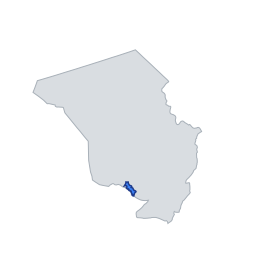 Chari, Chari-Baguirmi, Chad shown in context, rotated 316°
{"feature_id": "50815135B55510615891344", "entity_name": "Chari", "entity_type": "district", "adm_level": 2, "iso_a3": "TCD", "parent_name": "Chad", "parent_adm1": "Chari-Baguirmi", "projection": "orthographic", "projection_center": [15.102, 11.728], "detail": "fine", "context": "in_parent", "style": "filled", "palette": "blue", "viewbox_px": 256, "rotation_deg": 316, "n_neighbors": 0, "source": "geoboundaries", "source_scale": "gbopen_adm2", "svg_char_len": 4937}
<svg xmlns="http://www.w3.org/2000/svg" viewBox="0 0 256 256"><g transform="rotate(316 128 128)"><path d="M187.6,76.9L187.9,82.3L188.1,87.7L188.4,93.1L188.7,98.6L188.9,104.0L189.2,109.4L189.4,114.8L189.7,120.2L189.7,122.0L189.6,122.8L189.3,123.0L186.6,122.6L185.4,122.6L183.7,123.0L181.2,123.3L179.6,123.3L178.5,124.3L177.7,125.4L178.2,128.1L178.1,129.0L177.8,129.9L177.1,130.7L176.3,131.4L175.9,132.0L175.4,133.2L175.0,133.8L175.0,134.6L174.9,135.4L174.5,135.8L173.3,136.1L172.6,136.5L172.0,137.1L171.6,137.6L171.8,138.1L172.2,138.9L172.4,140.1L172.5,140.8L173.1,141.3L173.5,141.7L173.6,142.2L173.3,142.7L171.9,143.6L171.3,143.9L170.7,144.4L170.4,144.6L169.4,145.4L168.9,146.2L168.7,146.8L168.7,147.6L169.3,148.9L169.9,150.0L170.1,150.8L170.3,151.6L170.3,152.5L170.0,153.2L169.5,153.9L167.5,155.2L166.6,156.6L165.8,158.3L165.7,159.2L165.9,159.8L166.3,160.3L166.9,160.5L167.8,160.6L169.2,160.3L170.5,160.1L171.9,160.6L172.7,162.0L172.5,163.0L173.0,164.8L173.6,167.1L173.6,167.8L173.8,168.1L174.7,168.2L174.9,168.7L174.7,172.6L175.1,173.7L175.7,174.5L176.4,174.9L177.1,175.4L177.5,175.7L178.2,175.8L179.1,176.5L179.4,177.4L179.4,178.3L178.9,180.4L178.5,181.7L178.0,181.6L177.0,181.3L175.7,181.1L174.2,180.9L172.7,181.5L171.1,182.2L170.6,182.7L170.2,183.1L169.5,183.0L168.8,183.1L168.5,183.6L167.9,184.2L165.7,185.4L165.2,185.8L164.9,186.3L164.9,186.7L165.2,187.6L165.2,188.8L164.7,189.7L164.1,190.4L163.4,190.6L162.9,190.8L162.5,191.2L161.3,193.3L160.8,193.7L159.8,193.7L156.8,197.0L156.5,197.9L155.4,199.3L154.0,200.8L152.8,201.5L152.7,201.8L152.3,202.1L151.6,202.4L148.9,204.3L145.7,204.2L144.2,205.0L142.8,205.3L140.8,205.7L140.2,205.7L137.6,205.9L134.5,205.9L133.4,206.1L132.3,206.8L131.5,207.4L131.3,207.6L131.5,207.9L131.4,208.1L133.6,209.5L134.1,210.2L133.6,211.0L133.3,211.1L133.0,211.7L131.7,213.3L129.8,215.3L128.9,215.9L128.5,216.3L128.0,217.6L127.6,217.8L126.3,218.0L123.7,218.1L120.1,218.6L117.9,218.8L116.6,218.6L114.7,219.6L114.0,219.8L113.6,219.9L111.8,220.8L110.2,222.1L109.6,222.4L107.5,223.0L106.6,223.9L106.2,224.0L104.8,222.8L103.8,221.7L103.3,220.5L103.3,220.2L103.0,220.3L102.2,220.8L101.6,221.3L101.3,222.4L99.0,223.1L97.1,223.8L96.2,224.6L94.8,225.0L93.1,224.8L91.7,224.5L90.4,224.4L91.0,223.4L91.3,222.7L91.3,221.8L91.2,221.2L90.4,220.9L89.9,220.4L88.8,217.6L87.6,214.7L86.0,211.8L84.2,210.0L82.9,208.9L82.5,208.7L81.8,208.4L81.4,208.0L79.0,206.1L76.5,203.9L75.9,202.9L74.7,201.4L73.3,199.9L72.6,199.2L72.3,197.9L73.2,196.8L74.2,195.4L75.5,194.4L77.1,194.4L79.8,194.8L82.6,194.9L85.4,194.6L86.2,194.4L86.9,194.4L88.4,194.8L91.1,194.7L92.5,194.1L91.0,193.1L89.4,191.6L87.9,189.8L87.0,188.3L86.2,186.3L85.4,183.8L85.0,180.6L85.0,178.8L85.3,177.5L86.1,175.4L85.5,174.1L85.6,173.2L85.6,171.7L85.3,170.9L84.3,168.5L84.1,168.2L83.2,166.5L82.8,163.7L81.8,161.8L80.1,160.9L79.2,159.8L78.8,157.8L78.2,157.3L75.6,156.6L73.5,156.6L71.9,154.4L69.9,151.6L68.1,148.9L66.9,143.7L66.3,140.7L67.0,139.8L68.6,137.6L70.5,133.6L74.9,127.3L77.2,124.0L81.6,119.2L87.1,113.3L90.2,109.9L90.6,103.9L91.2,97.4L91.5,92.6L92.0,86.8L92.4,82.1L92.7,78.6L93.1,73.6L93.4,72.7L95.5,68.8L95.7,68.3L95.3,67.6L92.3,64.3L91.4,63.6L90.8,61.9L91.6,60.9L88.0,55.4L87.1,54.8L86.7,54.1L86.7,53.1L86.6,49.3L85.7,43.3L84.4,36.4L88.6,34.5L91.7,33.0L95.7,31.0L99.4,33.0L104.8,35.8L110.2,38.6L115.7,41.4L121.1,44.1L126.6,46.9L132.1,49.7L137.6,52.4L143.1,55.2L148.6,57.9L154.2,60.7L159.7,63.4L165.3,66.1L170.8,68.9L176.4,71.6L182.0,74.3L187.6,76.9Z" fill="#d9dde1" stroke="#a8b0b8" stroke-width="1"/><path d="M90.6,167.1L90.2,166.7L89.9,166.3L89.4,165.9L89.0,165.4L88.8,165.6L88.5,165.9L88.2,166.1L87.7,166.4L87.1,166.6L86.6,166.8L86.1,166.8L85.8,166.9L85.7,166.9L85.6,167.0L85.4,167.0L85.1,167.1L85.3,167.2L85.6,167.4L85.8,167.5L86.0,167.7L86.1,167.8L86.4,168.1L86.5,168.2L86.6,168.3L86.7,168.5L86.7,168.9L86.7,169.2L86.6,169.3L86.4,169.5L86.2,169.6L86.0,169.8L85.8,169.8L85.7,169.9L85.6,170.0L85.4,170.2L85.2,170.1L85.2,170.3L85.4,170.5L85.3,170.8L85.2,170.8L85.1,171.0L85.2,171.3L85.2,171.5L85.3,171.6L85.5,171.7L85.7,171.8L85.7,172.0L85.8,172.0L86.0,172.3L85.9,172.5L85.7,172.5L85.6,172.8L85.8,172.9L85.8,173.0L85.7,173.1L85.4,173.1L85.4,173.3L85.4,173.5L85.5,173.5L85.5,173.8L85.6,174.0L85.6,174.3L85.7,174.5L85.8,174.5L85.8,174.8L86.1,175.0L86.3,175.2L86.3,175.3L86.3,175.5L86.2,175.6L86.2,175.8L85.9,175.9L85.9,176.0L85.8,176.3L85.7,176.3L85.6,176.5L85.4,176.7L85.4,176.8L85.3,177.0L85.4,177.4L85.4,177.5L85.2,177.7L85.2,177.8L85.2,178.0L85.0,178.3L85.0,178.5L84.9,178.5L85.0,178.7L85.0,178.8L84.9,179.0L85.0,179.0L85.0,179.3L84.9,179.3L85.0,179.4L85.0,179.5L84.9,179.6L85.0,179.6L85.0,179.8L85.0,180.0L84.9,180.3L85.0,180.4L85.0,180.5L85.0,180.8L85.6,180.5L87.4,179.4L89.3,179.4L89.2,179.1L89.7,178.5L89.5,178.2L89.3,177.5L89.0,177.1L89.2,176.0L89.7,174.6L89.5,173.8L89.1,173.1L89.6,173.1L90.0,172.7L90.2,172.1L89.9,171.3L89.4,170.5L89.4,169.7L89.6,169.0L89.7,168.3L90.1,167.6L90.6,167.1Z" fill="#3b82f6" stroke="#1e3a8a" stroke-width="1.5"/></g></svg>